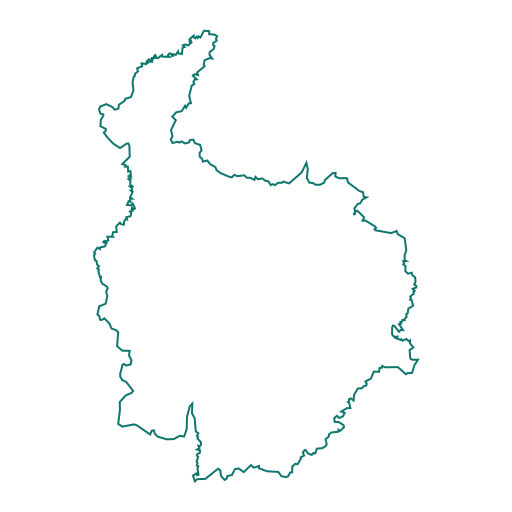 Tsiroanomandidy, Bongolava, Madagascar (Albers equal-area conic projection)
{"feature_id": "10022922B70813515121555", "entity_name": "Tsiroanomandidy", "entity_type": "district", "adm_level": 2, "iso_a3": "MDG", "parent_name": "Madagascar", "parent_adm1": "Bongolava", "projection": "albers", "projection_center": [45.919, -18.728], "detail": "fine", "context": "isolated", "style": "outline", "palette": "teal", "viewbox_px": 512, "rotation_deg": 0, "n_neighbors": 0, "source": "geoboundaries", "source_scale": "gbopen_adm2", "svg_char_len": 6024}
<svg xmlns="http://www.w3.org/2000/svg" viewBox="0 0 512 512"><path d="M297.6,464.2L300.9,458.8L300.6,457.3L304.0,455.6L302.9,452.5L304.4,450.4L305.5,450.0L308.1,453.5L311.7,454.9L313.3,453.1L315.2,453.4L316.9,448.6L322.2,448.2L326.0,445.9L326.7,444.0L325.5,439.3L328.9,436.4L329.0,434.3L331.6,432.4L338.2,431.8L338.5,429.7L340.2,430.9L344.0,427.2L343.6,425.2L338.6,422.0L334.7,421.9L334.2,418.2L336.9,415.8L339.2,418.0L343.0,416.3L344.7,412.9L341.3,411.6L346.9,408.1L350.4,408.1L349.1,402.8L347.9,402.0L349.2,400.7L349.0,399.2L350.6,398.4L353.6,400.5L354.0,394.9L357.8,388.5L361.8,388.3L364.1,385.9L366.1,385.7L366.8,383.9L365.4,381.5L370.9,378.6L373.8,371.6L379.0,371.8L379.6,367.9L381.9,367.7L382.2,366.0L385.2,367.3L397.8,367.1L406.0,374.3L407.3,373.2L412.1,372.9L414.4,365.2L418.0,359.7L412.8,359.8L410.8,359.1L410.2,357.5L409.6,350.1L413.4,347.5L410.0,343.3L410.1,340.4L408.8,341.2L406.4,339.0L402.6,340.7L401.3,339.2L400.7,340.0L396.0,338.1L397.4,337.7L397.4,336.5L395.3,337.0L393.1,335.9L392.0,334.1L392.2,327.4L392.9,325.5L394.4,325.9L399.0,331.8L400.5,330.0L403.0,330.1L399.0,324.1L401.1,323.6L400.4,322.0L402.1,321.5L402.5,319.9L404.7,320.2L404.6,318.9L406.6,317.0L406.2,314.1L407.6,313.4L408.4,308.6L413.1,305.7L411.7,300.2L410.1,299.7L411.0,298.0L410.3,296.5L413.8,293.6L413.5,291.7L414.7,290.9L412.7,288.9L416.3,287.5L416.3,285.9L414.2,284.5L415.5,282.0L415.2,277.5L412.5,275.4L411.7,272.7L408.1,273.7L405.4,271.3L405.5,266.2L403.3,264.4L404.1,263.1L403.3,261.2L406.1,261.0L404.7,260.2L404.6,255.2L406.3,250.4L404.7,238.3L397.7,234.1L396.6,231.0L391.2,233.1L375.5,230.3L374.5,229.2L376.1,227.7L374.7,226.2L365.2,220.4L362.6,220.7L364.1,217.3L357.4,210.8L355.5,211.1L355.0,213.7L353.5,214.8L355.1,211.8L354.4,208.3L357.6,204.1L360.2,203.3L362.2,199.8L366.6,197.3L363.7,196.8L363.1,192.3L359.2,190.9L348.1,182.5L346.9,178.2L338.8,178.2L335.2,176.3L335.6,173.0L332.7,173.1L324.9,180.1L324.2,182.6L320.1,184.7L315.7,184.8L312.9,183.0L309.4,182.7L306.8,178.0L307.8,168.9L306.4,162.8L301.7,172.4L289.1,183.4L283.4,181.6L281.8,182.8L278.0,182.8L275.0,185.1L273.0,184.2L270.8,185.1L268.3,181.3L265.6,180.9L262.3,178.5L257.8,179.2L255.5,176.9L254.4,179.9L250.4,177.8L246.8,177.8L244.3,175.3L237.6,176.2L234.3,174.9L232.0,177.2L230.3,177.2L220.3,173.0L216.6,170.2L215.3,167.0L210.4,164.4L207.3,160.5L202.8,161.6L202.3,159.2L199.7,156.6L199.6,152.8L201.6,150.3L200.1,144.9L195.0,143.2L193.2,139.6L189.9,140.1L188.9,142.5L184.8,143.4L181.5,141.4L179.5,142.6L177.6,141.8L172.5,143.0L170.8,139.5L172.5,136.2L171.0,130.1L175.8,120.2L172.3,116.7L176.2,112.3L181.6,111.2L185.1,105.8L186.1,107.8L188.9,103.3L190.9,103.2L189.2,95.9L191.7,85.6L194.2,84.1L193.4,81.8L194.8,79.5L196.7,79.3L192.1,75.1L193.5,75.5L194.7,74.2L198.0,75.1L197.1,72.4L204.7,66.2L203.7,64.4L204.7,60.2L209.6,58.1L212.2,58.5L209.6,55.0L209.6,52.2L213.6,49.0L214.6,46.2L213.2,45.3L213.2,42.9L216.7,40.7L215.9,38.7L217.2,36.3L214.6,34.6L209.2,34.2L209.2,31.2L204.0,30.7L200.4,37.5L198.7,36.4L197.8,38.0L196.5,36.6L195.4,38.3L193.7,37.3L193.6,35.7L190.1,38.7L191.8,43.3L189.7,41.3L190.1,43.3L188.5,45.4L184.8,44.5L182.9,45.3L184.6,47.0L182.6,47.8L181.8,54.1L178.2,53.3L178.0,51.5L175.7,54.9L173.3,54.2L173.0,55.8L171.8,56.0L172.0,54.3L169.6,53.4L167.8,55.4L169.2,56.9L162.3,56.6L162.1,54.9L157.8,58.2L156.5,57.8L155.3,55.1L153.9,56.4L154.5,57.9L151.0,58.1L153.0,58.7L152.2,60.6L150.4,59.9L151.7,61.8L148.7,61.6L148.2,60.1L147.2,60.8L147.9,62.7L146.7,63.6L146.9,61.3L145.9,64.0L141.5,63.4L142.2,66.2L137.1,68.3L138.0,71.3L134.9,73.9L134.9,75.9L133.7,76.8L132.6,82.0L133.4,90.6L130.9,97.1L125.3,98.8L124.7,100.7L118.9,104.8L118.4,108.6L114.8,109.7L112.4,107.1L106.3,104.1L100.0,106.7L99.1,109.4L100.3,113.6L103.2,114.3L103.4,115.5L100.9,119.7L100.4,126.2L105.9,129.0L105.8,130.7L103.8,132.6L107.4,137.4L113.1,143.5L120.1,148.1L126.6,143.6L128.3,143.4L129.4,145.7L129.7,156.8L122.3,164.0L125.8,165.4L125.1,166.7L127.9,166.7L128.1,171.6L130.3,171.0L130.9,174.8L129.8,175.3L130.7,176.3L128.8,176.5L130.8,178.6L128.5,179.1L130.4,181.0L130.3,184.6L132.7,186.5L132.1,187.4L131.6,186.3L130.0,186.5L131.7,187.9L132.0,190.1L130.8,190.5L132.7,191.8L130.1,197.4L131.8,198.6L130.0,198.5L130.5,201.9L128.6,201.2L127.0,205.0L131.4,205.4L132.6,203.5L135.0,208.4L133.4,209.4L132.1,207.8L131.5,209.9L132.4,210.8L130.0,211.7L131.3,213.3L130.5,216.2L126.4,217.2L127.0,219.4L125.8,218.9L124.1,221.5L123.9,224.6L121.4,224.4L119.9,222.6L116.2,226.4L116.7,232.0L113.1,232.2L112.2,235.8L113.0,236.8L107.4,236.7L108.3,240.4L106.5,240.9L106.5,242.3L104.2,240.9L103.4,242.2L106.2,243.4L105.0,246.4L99.9,247.5L99.9,249.0L97.4,247.7L94.1,252.4L95.2,253.7L94.0,255.2L94.9,260.2L96.4,260.8L97.2,264.7L99.0,266.3L97.2,268.4L99.0,269.8L98.4,271.7L100.1,277.4L100.9,277.1L100.7,280.7L102.4,283.8L107.0,286.6L107.8,288.4L106.1,291.6L107.3,295.8L105.7,303.7L99.3,306.3L97.4,314.6L99.3,316.1L100.0,319.7L101.7,320.0L104.3,318.3L109.4,323.5L111.5,328.5L116.3,330.3L118.2,332.3L117.1,346.3L122.5,350.7L129.7,350.8L129.0,355.3L131.4,360.3L130.7,364.4L126.2,365.5L123.9,364.0L122.6,364.7L120.1,374.2L120.3,376.9L122.3,380.1L126.1,381.8L133.2,391.0L131.3,393.1L125.7,395.4L119.7,402.1L120.0,409.7L118.2,423.9L122.3,426.6L134.0,424.4L136.6,425.2L150.2,434.5L151.6,430.8L153.9,430.3L154.7,433.5L157.6,436.6L166.7,439.3L173.8,439.1L179.6,435.8L184.1,436.5L186.7,429.1L187.0,417.0L189.7,406.4L192.3,403.6L192.0,413.4L194.7,418.3L195.8,431.5L198.4,433.3L196.9,435.9L198.1,437.1L197.5,438.6L200.8,442.0L201.1,444.5L199.9,446.2L198.4,445.8L199.4,448.3L197.1,449.5L200.2,450.6L199.8,452.9L197.3,454.1L196.9,455.6L198.2,456.9L196.6,461.4L197.5,462.9L196.8,465.6L198.3,466.2L197.5,468.6L198.5,474.8L197.1,475.2L196.6,473.3L193.0,475.6L194.9,481.3L197.2,479.2L205.3,478.9L218.1,468.7L220.3,470.4L221.0,475.9L224.6,479.9L226.5,478.9L227.4,476.1L232.0,474.9L234.9,469.2L238.7,468.5L243.7,472.1L251.0,465.1L253.6,467.7L259.0,466.0L258.9,468.2L267.1,471.3L278.2,471.9L281.5,476.2L286.0,477.1L288.0,476.4L290.2,472.5L292.2,472.3L292.2,466.6L295.3,463.8L297.6,464.2Z" fill="none" stroke="#0f766e" stroke-width="2"/></svg>